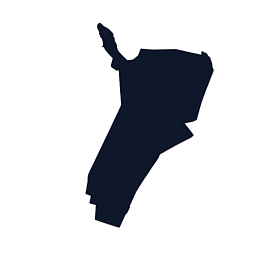 the district of Moldoveni, Neamt, Romania, rotated 110°
{"feature_id": "2599482B40239135876534", "entity_name": "Moldoveni", "entity_type": "district", "adm_level": 2, "iso_a3": "ROU", "parent_name": "Romania", "parent_adm1": "Neamt", "projection": "albers", "projection_center": [26.778, 46.815], "detail": "fine", "context": "isolated", "style": "filled", "palette": "ink", "viewbox_px": 256, "rotation_deg": 110, "n_neighbors": 0, "source": "geoboundaries", "source_scale": "gbopen_adm2", "svg_char_len": 5342}
<svg xmlns="http://www.w3.org/2000/svg" viewBox="0 0 256 256"><g transform="rotate(110 128 128)"><path d="M182.0,148.5L183.1,148.6L185.3,148.8L186.1,148.6L187.2,148.4L188.5,148.1L191.2,147.2L192.5,146.9L199.9,145.5L201.8,145.2L202.5,145.1L202.5,144.9L203.7,144.7L203.7,139.1L207.9,138.4L211.2,138.0L210.9,134.8L210.6,132.5L210.5,131.3L216.0,129.7L218.6,129.0L220.8,128.4L224.8,127.2L224.6,118.0L224.3,110.1L224.2,106.1L224.1,104.6L223.9,102.6L222.6,102.4L219.3,102.2L215.9,101.9L214.7,101.8L210.7,101.5L210.5,101.4L209.8,101.4L208.7,101.3L208.8,101.0L208.2,100.9L208.2,100.5L207.0,100.3L204.1,100.0L202.3,99.8L201.9,99.8L202.0,100.4L201.6,100.5L199.1,100.3L197.5,100.1L196.2,100.1L195.1,100.0L192.2,99.8L190.4,99.6L189.0,99.5L188.0,99.5L185.4,99.2L183.8,99.0L182.7,98.7L181.4,98.4L179.0,98.0L177.2,97.5L176.8,97.5L175.9,97.3L167.7,95.4L166.9,95.2L166.5,95.0L166.1,94.9L162.8,94.1L162.0,93.9L161.6,93.8L159.7,93.4L159.4,93.3L157.7,93.0L156.8,92.7L156.4,92.6L156.0,92.5L154.8,92.2L154.2,92.0L153.7,91.9L152.9,91.7L152.6,91.6L151.9,91.5L151.0,91.2L150.8,91.2L149.9,90.9L148.8,90.6L146.8,90.2L146.3,90.1L145.4,89.9L144.6,89.7L142.6,89.8L141.5,89.6L141.4,89.6L140.7,89.0L139.3,87.7L137.0,85.8L134.9,84.0L134.8,83.9L134.5,83.7L134.3,83.7L134.2,83.6L134.1,83.2L133.4,82.8L132.9,82.4L132.1,81.6L130.5,80.1L130.2,79.8L129.9,79.8L129.1,79.1L124.2,74.6L122.6,73.1L120.4,71.1L117.5,68.3L115.1,66.2L114.6,65.8L113.6,65.2L112.6,64.6L112.2,65.1L111.9,65.5L111.4,66.4L111.0,67.0L110.2,68.2L109.9,68.7L109.6,69.2L106.3,74.5L105.1,76.4L104.8,76.7L104.5,77.1L104.2,77.7L102.8,75.4L100.9,72.3L100.7,72.1L99.3,69.7L98.9,69.2L98.4,68.8L96.7,67.0L86.3,67.8L84.0,68.0L82.5,68.0L81.7,68.1L79.4,68.3L77.6,68.4L76.7,68.3L76.2,68.3L75.5,68.3L74.8,68.4L73.5,68.4L71.1,68.3L70.3,68.4L69.8,68.3L69.0,68.4L64.5,68.3L64.2,68.3L61.9,68.2L58.4,68.1L57.0,68.1L53.3,68.0L52.8,68.0L52.1,68.0L51.2,68.0L50.7,68.0L49.8,67.9L48.1,67.9L44.8,67.9L44.8,68.0L44.5,68.1L44.3,68.2L43.8,68.7L43.5,68.9L43.2,69.2L43.0,69.4L41.5,70.5L40.7,70.9L40.3,71.1L39.9,71.1L38.7,71.8L38.3,72.1L37.9,72.5L37.5,72.9L37.2,73.1L36.8,73.4L36.2,73.9L35.4,74.5L35.0,74.8L34.7,75.0L34.3,75.3L33.9,76.4L33.7,76.9L33.5,77.6L33.4,77.8L33.2,78.1L33.0,78.3L32.6,78.7L32.1,79.2L31.9,79.4L31.8,79.5L31.7,79.9L31.6,80.3L31.6,80.6L31.6,80.8L31.6,81.9L31.5,82.6L31.5,83.2L31.4,83.4L31.2,83.7L31.2,83.9L31.2,84.1L31.3,84.3L31.6,84.3L31.9,84.1L32.1,84.0L34.7,83.2L34.9,84.2L35.0,85.4L35.1,85.7L35.1,85.9L35.1,86.2L35.2,86.8L35.3,88.0L35.5,88.9L35.5,89.2L35.8,91.3L35.9,92.1L36.0,92.6L36.1,93.3L36.3,94.5L36.3,95.4L36.4,96.1L36.8,98.5L37.3,102.9L37.7,105.7L37.9,107.3L38.0,108.4L38.3,110.1L46.6,131.4L49.7,142.6L51.4,142.6L53.0,142.5L56.2,142.6L56.6,142.6L56.8,142.7L60.2,144.7L60.5,145.0L60.8,145.2L61.7,145.7L62.0,145.9L62.3,146.1L62.6,146.5L62.9,146.8L63.2,147.4L63.6,148.1L63.9,148.7L64.5,149.9L64.7,150.4L64.9,150.6L65.0,150.8L65.3,150.9L65.5,150.8L65.3,151.3L65.3,151.7L64.8,153.1L64.6,153.5L62.4,158.4L61.0,161.2L60.4,162.3L60.1,162.9L59.5,163.8L59.4,164.0L58.8,164.6L58.4,165.0L57.2,165.8L56.8,166.2L56.3,166.6L56.1,166.8L55.9,166.9L55.5,167.0L54.7,167.2L54.3,167.4L54.1,167.6L52.6,169.0L52.3,169.5L51.9,170.1L51.6,170.4L51.2,170.8L50.9,171.0L50.6,171.1L49.9,171.4L49.1,171.7L48.7,171.9L48.5,172.1L48.1,172.6L47.8,173.2L47.7,173.4L47.5,173.7L47.4,173.8L47.0,173.9L46.7,173.9L45.3,174.5L45.1,174.7L44.8,175.0L44.5,175.3L44.4,175.4L44.3,175.7L44.2,176.0L43.5,177.4L43.0,178.4L42.9,178.8L42.5,179.3L42.4,179.7L42.3,180.1L42.1,180.9L42.0,181.3L42.0,181.6L41.9,181.9L41.9,182.0L41.7,182.7L41.7,182.9L41.7,183.4L41.6,183.7L41.5,184.4L41.4,184.9L41.2,186.0L41.1,186.4L41.0,186.6L40.2,188.2L40.0,188.6L39.8,189.1L39.7,189.7L39.6,190.0L39.6,190.5L39.9,190.6L40.2,190.7L40.5,191.0L40.8,191.3L41.0,191.3L41.3,191.4L41.5,191.4L42.0,191.2L42.4,191.0L42.8,191.0L43.0,191.1L43.4,191.0L43.6,190.9L43.9,190.6L44.6,190.0L44.8,189.7L45.2,189.4L45.7,188.9L45.9,188.6L46.6,187.8L46.8,187.6L47.0,187.2L47.5,187.0L47.9,186.9L48.7,186.9L49.0,186.8L49.1,186.7L49.4,186.3L49.9,185.6L50.1,185.5L50.2,185.4L50.4,185.3L50.6,185.3L50.9,185.1L51.1,184.9L51.5,184.6L51.7,184.3L51.8,184.1L51.9,183.5L52.2,182.8L52.3,182.7L52.6,182.5L52.7,182.2L52.8,182.2L53.1,182.0L53.3,182.0L53.5,182.0L53.7,181.9L53.8,181.7L54.2,181.3L54.8,180.8L54.9,180.6L55.1,180.4L55.3,180.2L56.1,180.1L56.3,180.1L56.5,180.0L56.9,179.8L57.5,179.5L57.7,179.4L57.9,179.3L58.7,179.2L58.8,179.1L59.0,179.0L59.4,179.0L59.7,179.1L59.5,178.6L59.2,178.4L60.4,177.2L61.8,175.8L62.4,174.6L62.5,174.6L65.5,169.0L66.1,167.8L66.3,167.3L67.5,165.2L68.1,165.3L69.6,165.3L71.3,165.1L75.2,164.8L75.3,164.5L75.6,164.2L75.9,163.8L75.9,163.6L76.2,162.7L76.3,162.4L76.3,162.2L76.6,161.2L76.7,160.3L76.9,159.8L76.9,159.5L77.0,159.2L77.2,158.8L77.3,158.8L77.3,158.7L75.8,156.1L78.5,154.9L81.5,153.7L82.7,153.1L87.2,151.1L88.5,150.5L88.6,150.4L89.2,150.1L89.7,150.0L90.1,149.8L90.6,149.7L91.3,149.3L92.6,148.6L94.4,147.9L95.3,147.6L96.3,147.1L96.5,147.0L96.7,146.9L97.5,146.6L98.5,146.0L101.5,144.7L101.9,144.5L104.1,143.5L108.7,141.5L108.9,141.5L109.0,141.6L109.2,141.4L109.4,141.4L109.7,141.5L110.2,141.6L110.5,141.7L112.8,141.9L113.2,141.9L114.9,142.1L115.7,142.1L117.9,142.3L118.9,142.4L121.7,142.7L123.7,142.8L123.8,142.9L133.6,143.8L135.3,143.9L143.0,144.7L164.4,146.8L174.7,147.8L178.2,148.2L180.0,148.4L181.1,148.5L182.0,148.5Z" fill="#0f172a" stroke="#020617" stroke-width="1.5"/></g></svg>